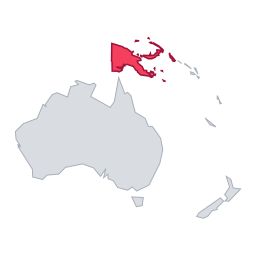 Papua New Guinea highlighted on a map of Oceania
{"feature_id": "PNG", "entity_name": "Papua New Guinea", "entity_type": "country or territory", "adm_level": 0, "iso_a3": "PNG", "parent_name": "Oceania", "parent_adm1": "", "projection": "orthographic", "projection_center": [148.76, -6.492], "detail": "medium", "context": "in_parent", "style": "filled", "palette": "rose", "viewbox_px": 256, "rotation_deg": 0, "n_neighbors": 5, "source": "natural_earth", "source_scale": "50m", "svg_char_len": 3403}
<svg xmlns="http://www.w3.org/2000/svg" viewBox="0 0 256 256"><path d="M219.1,100.9L221.3,103.4L220.0,103.9L219.1,100.9ZM219.4,100.2L217.1,98.7L217.3,95.5L219.4,100.2Z" fill="#d9dde1" stroke="#a8b0b8" stroke-width="1"/><path d="M205.1,118.0L216.0,126.9L210.0,124.7L205.1,118.0Z" fill="#d9dde1" stroke="#a8b0b8" stroke-width="1"/><path d="M199.4,77.2L198.5,78.7L197.0,76.1L199.4,77.2ZM195.7,68.0L197.9,74.3L194.3,68.0L195.7,68.0ZM195.2,74.6L191.0,74.2L190.5,71.9L193.2,72.6L195.2,74.6ZM185.2,63.6L191.5,68.9L184.5,64.0L185.2,63.6ZM180.1,62.2L181.7,63.6L177.6,60.4L180.1,62.2Z" fill="#d9dde1" stroke="#a8b0b8" stroke-width="1"/><path d="M240.6,189.0L228.8,201.2L224.9,201.0L227.6,198.2L224.6,194.6L229.6,187.1L226.2,176.3L230.8,179.3L233.2,188.0L240.6,189.0ZM198.8,213.0L220.4,197.9L223.6,201.1L216.8,207.8L217.3,209.5L212.2,210.6L208.0,216.0L203.7,218.2L196.7,216.6L198.8,213.0Z" fill="#d9dde1" stroke="#a8b0b8" stroke-width="1"/><path d="M131.8,196.9L143.3,197.5L142.2,205.6L136.4,206.7L131.8,196.9ZM65.4,167.4L58.8,174.1L47.1,175.1L42.7,179.5L32.7,177.0L32.4,169.3L17.8,146.2L19.6,147.8L17.6,144.2L20.8,146.7L16.1,139.3L15.4,131.5L23.6,123.5L37.2,118.4L43.1,104.3L46.6,106.9L45.0,105.0L52.1,94.6L57.2,92.7L67.5,97.1L70.6,86.7L78.3,84.6L75.1,81.2L77.2,80.5L89.3,84.9L94.0,83.1L96.0,85.1L90.7,96.5L110.2,107.4L114.3,101.8L118.7,77.6L124.9,93.9L127.5,92.3L130.9,95.7L135.2,112.3L145.1,118.3L148.4,126.3L152.5,126.6L160.6,138.3L162.8,149.6L159.8,163.4L149.0,185.1L136.7,191.0L132.3,186.9L127.7,190.2L117.6,187.5L113.3,180.7L108.2,178.8L107.9,174.2L103.6,177.6L105.9,168.6L100.5,176.3L93.4,167.8L82.4,163.9L65.4,167.4Z" fill="#d9dde1" stroke="#a8b0b8" stroke-width="1"/><path d="M112.2,71.1L112.0,61.7L111.5,61.0L111.8,43.4L122.5,46.7L124.9,48.3L126.6,48.4L132.1,52.6L132.0,55.0L139.7,57.8L140.7,58.9L140.9,60.4L137.2,61.1L138.2,63.4L142.1,66.5L144.0,70.5L146.6,70.5L146.9,72.4L150.0,73.3L149.0,73.8L149.5,74.6L153.5,75.6L151.9,75.9L152.7,76.8L151.3,77.4L149.0,76.1L140.6,74.9L137.5,72.0L137.2,70.6L135.8,70.1L133.3,66.4L126.9,64.3L125.3,65.1L123.3,63.9L124.5,65.9L122.7,66.2L123.1,67.0L118.6,67.6L117.8,66.9L117.2,67.1L118.4,67.8L121.0,68.2L122.1,70.3L119.1,71.9L117.4,71.2L112.2,71.1ZM156.8,49.9L159.0,50.0L160.3,50.5L160.0,52.6L158.5,53.6L158.8,55.3L156.5,55.7L155.2,57.2L152.0,58.7L148.6,58.8L143.0,56.1L143.4,55.3L149.3,55.5L150.4,53.3L150.8,55.5L153.9,55.2L155.7,53.1L157.1,52.8L156.8,49.9ZM175.2,60.7L174.2,61.4L172.6,60.8L172.0,59.0L170.2,57.4L170.1,55.3L171.6,56.1L175.2,60.7ZM162.6,52.3L161.7,51.8L161.4,49.7L159.7,47.3L153.2,43.7L153.6,43.0L158.7,45.9L162.9,49.6L163.3,50.6L162.6,52.3ZM135.8,40.4L139.2,40.8L135.4,41.4L135.8,40.4ZM152.2,71.8L153.3,72.1L153.7,73.2L151.8,73.0L152.2,71.8ZM151.9,43.4L150.8,43.3L149.9,42.5L151.0,42.2L151.9,42.5L151.9,43.4ZM154.5,74.7L155.4,74.4L155.1,75.4L154.0,75.0L153.3,73.4L154.5,74.7ZM160.6,70.4L162.4,70.7L162.5,71.3L160.6,70.4ZM163.3,80.3L165.6,81.4L163.7,81.1L163.3,80.3ZM141.7,56.8L140.6,56.0L140.7,55.4L141.8,55.9L141.7,56.8ZM151.5,72.4L150.5,71.9L150.9,71.2L151.3,71.5L151.5,72.4ZM169.7,55.3L169.3,53.9L169.7,53.5L170.1,54.4L169.7,55.3ZM138.1,55.1L137.4,54.6L137.9,54.1L138.2,54.4L138.1,55.1ZM149.1,38.6L148.1,38.3L148.3,37.8L148.9,38.1L149.1,38.6ZM133.3,51.8L132.6,51.9L133.1,51.4L133.3,51.8ZM154.7,69.2L154.2,68.3L154.7,67.9L154.8,68.5L154.7,69.2ZM122.4,68.4L123.1,69.1L121.4,68.0L122.4,68.4Z" fill="#f43f5e" stroke="#9f1239" stroke-width="1.5"/></svg>